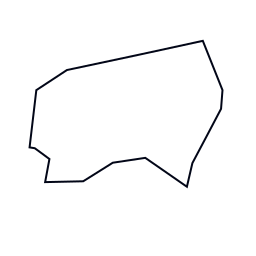 map outline of Aizkraukles (Albers equal-area conic projection), rotated 258°
{"feature_id": "LVA-5730", "entity_name": "Aizkraukles", "entity_type": "Municipality", "adm_level": 1, "iso_a3": "LVA", "parent_name": "Latvia", "parent_adm1": "", "projection": "albers", "projection_center": [25.215, 56.647], "detail": "fine", "context": "isolated", "style": "outline", "palette": "ink", "viewbox_px": 256, "rotation_deg": 258, "n_neighbors": 0, "source": "natural_earth", "source_scale": "10m", "svg_char_len": 356}
<svg xmlns="http://www.w3.org/2000/svg" viewBox="0 0 256 256"><g transform="rotate(258 128 128)"><path d="M129.5,27.7L184.1,46.2L197.4,80.3L197.4,153.2L197.7,219.3L145.4,228.3L127.4,223.0L103.6,203.2L80.3,183.7L58.3,173.4L95.2,138.7L97.2,105.9L85.2,73.1L92.3,35.7L114.0,44.7L127.6,32.6L129.5,27.7Z" fill="none" stroke="#020617" stroke-width="2"/></g></svg>